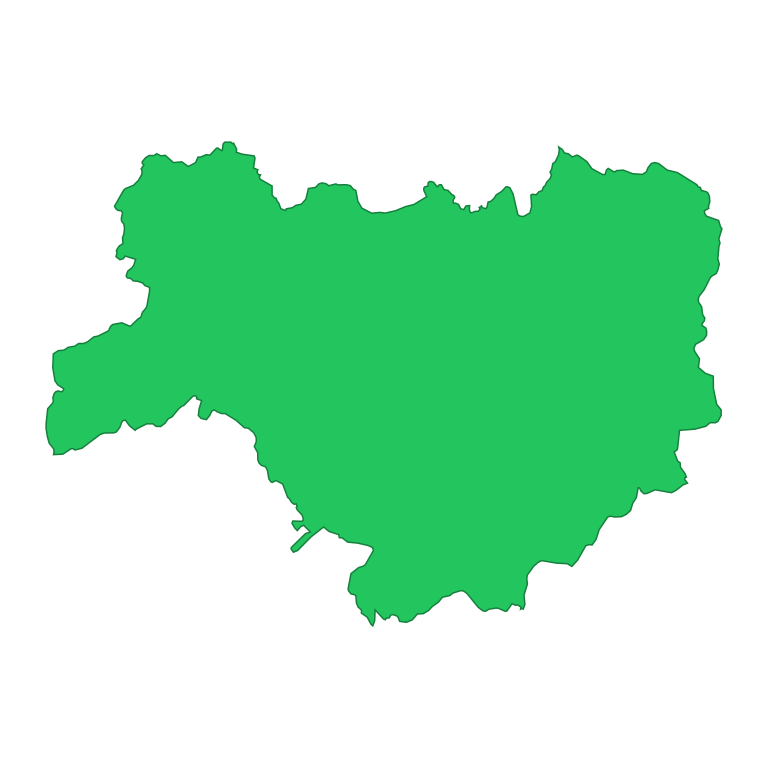 Sakaraha, Atsimo-Andrefana, Madagascar (Natural Earth projection)
{"feature_id": "10022922B49716742274905", "entity_name": "Sakaraha", "entity_type": "district", "adm_level": 2, "iso_a3": "MDG", "parent_name": "Madagascar", "parent_adm1": "Atsimo-Andrefana", "projection": "natural_earth1", "projection_center": [44.417, -22.83], "detail": "fine", "context": "isolated", "style": "filled", "palette": "green", "viewbox_px": 768, "rotation_deg": 0, "n_neighbors": 0, "source": "geoboundaries", "source_scale": "gbopen_adm2", "svg_char_len": 6097}
<svg xmlns="http://www.w3.org/2000/svg" viewBox="0 0 768 768"><path d="M721.9,228.8L720.5,226.7L718.6,220.5L706.5,216.2L704.8,213.6L704.3,210.8L708.7,208.4L708.5,206.1L709.8,201.8L709.4,196.4L707.9,193.0L706.2,191.7L701.3,190.4L700.4,187.5L698.0,186.8L697.0,184.8L677.5,172.6L667.2,170.1L658.6,163.5L654.4,162.6L651.3,163.5L648.0,167.7L646.4,171.8L642.5,174.4L632.6,173.7L623.3,170.1L616.6,170.6L614.4,172.1L608.2,168.4L606.4,170.1L605.2,174.4L602.8,174.6L591.9,168.7L586.8,161.6L579.0,156.0L577.0,155.1L572.3,156.9L568.4,153.8L564.5,153.0L562.3,149.5L558.7,147.0L559.3,149.7L558.5,155.0L555.4,161.6L552.8,163.6L551.6,169.4L550.0,172.1L551.4,174.8L550.2,178.4L546.7,182.2L544.9,186.0L543.5,186.9L542.0,190.7L539.0,191.7L536.2,194.8L532.6,194.2L530.9,195.0L531.6,206.5L529.9,212.9L523.5,216.5L520.2,216.2L517.9,214.9L513.0,193.7L509.8,187.7L507.5,186.8L506.0,186.8L501.7,191.4L496.3,194.8L493.9,198.5L490.5,201.5L488.1,202.0L487.0,207.1L485.9,208.6L482.1,207.7L481.6,205.9L479.2,207.5L480.1,209.2L478.1,211.3L474.9,211.4L471.8,212.8L470.4,212.4L469.4,210.1L469.6,205.6L465.9,206.0L463.8,209.6L460.7,208.8L458.6,204.5L455.7,203.2L453.2,203.1L453.1,200.5L454.8,197.2L453.7,195.5L451.8,194.5L448.0,190.4L444.1,189.6L441.3,184.7L439.4,184.8L437.2,186.8L433.5,182.2L431.0,181.5L429.4,181.6L428.1,182.9L428.0,186.0L424.9,186.8L423.8,188.1L423.8,190.3L426.7,196.7L413.9,204.5L405.5,206.6L395.6,210.7L385.2,213.1L379.6,212.4L371.7,213.2L361.8,208.1L357.9,201.2L355.8,190.4L353.4,189.3L350.4,185.7L346.4,184.7L337.5,184.9L336.0,183.9L328.8,185.7L326.0,183.7L322.0,182.9L318.9,183.9L315.5,187.4L308.4,188.5L305.9,199.1L301.4,204.2L295.9,205.3L292.4,207.7L286.3,208.8L285.4,210.5L280.8,208.7L278.7,202.9L277.3,201.5L276.0,198.1L274.6,198.1L272.1,195.1L272.1,186.0L260.1,179.2L259.3,177.2L260.5,174.8L258.5,174.7L257.0,172.2L257.9,169.8L253.5,168.0L255.0,158.1L254.1,155.9L242.4,154.2L236.4,152.3L236.6,149.1L233.6,143.2L232.8,143.8L230.7,142.1L224.7,142.2L223.1,144.0L222.3,150.4L221.4,150.6L217.8,148.0L216.4,148.3L209.8,155.2L206.3,154.6L200.6,157.1L198.0,157.1L195.6,162.6L188.3,166.5L181.8,161.8L173.5,162.6L165.2,155.3L161.0,155.9L156.7,153.7L153.8,155.6L149.1,155.5L145.6,157.7L142.3,161.6L142.2,163.2L143.9,165.0L141.2,168.8L142.1,171.3L141.8,174.4L138.5,180.3L133.4,185.4L125.6,188.5L123.6,190.2L114.5,206.3L116.0,208.9L118.0,210.4L121.2,210.8L122.5,212.7L121.3,218.4L121.6,221.1L123.8,224.0L124.5,228.2L123.8,234.2L122.5,237.7L123.0,243.6L119.4,245.8L117.5,248.5L116.4,250.6L117.0,252.7L116.0,256.7L120.0,259.7L123.3,258.7L125.2,256.1L135.7,259.3L133.7,265.4L131.8,267.9L127.9,270.9L126.3,275.1L126.4,276.7L127.5,277.9L130.7,278.5L133.3,280.9L137.6,281.3L142.7,283.0L144.9,285.6L149.6,287.4L149.5,291.7L147.0,305.5L146.2,307.8L142.5,312.2L140.8,317.3L138.3,318.7L130.3,326.4L121.8,322.8L112.7,324.5L110.6,326.3L108.7,330.4L107.4,331.4L97.9,336.1L93.8,336.9L87.5,341.9L83.6,343.5L78.7,343.5L74.7,346.2L68.2,347.3L64.0,350.1L58.1,350.7L53.3,353.9L52.8,367.7L55.0,380.9L57.8,384.9L63.8,388.8L63.1,390.7L61.6,391.8L58.0,390.9L55.8,391.7L54.2,393.5L52.9,397.4L53.3,401.4L52.6,403.2L47.7,408.7L46.1,423.6L46.1,428.7L47.5,437.0L49.2,443.2L53.6,448.8L54.1,451.9L53.5,454.6L62.8,454.2L71.2,448.7L73.2,448.7L74.9,450.0L82.0,448.2L100.1,434.5L104.3,433.0L113.6,432.9L116.3,432.0L119.8,427.4L122.1,421.4L123.8,420.4L125.4,420.1L129.4,425.7L135.1,430.3L136.7,428.8L146.8,423.8L153.1,423.9L156.0,426.4L160.7,426.5L165.2,423.1L168.0,419.0L172.1,416.8L178.4,409.1L182.2,405.9L183.7,405.6L192.1,397.0L193.7,395.8L195.5,395.9L196.7,397.0L196.6,398.8L201.6,400.6L199.2,408.6L198.3,415.5L201.1,418.4L206.4,419.6L209.6,415.6L211.9,410.9L214.6,410.0L217.1,411.8L221.8,413.6L225.2,413.6L236.1,420.3L244.4,427.7L248.3,428.2L253.8,432.8L256.0,437.1L256.3,439.3L256.2,441.9L254.3,446.5L257.7,452.7L257.8,459.6L258.9,462.8L261.3,465.3L265.2,466.6L266.2,467.8L267.6,471.2L268.8,478.7L270.8,481.8L272.3,482.4L275.8,480.5L282.7,484.0L287.7,497.4L289.3,498.6L291.5,502.3L294.2,504.3L296.2,503.8L297.1,506.5L296.2,507.5L297.3,509.9L302.1,515.1L303.3,518.6L303.0,520.6L301.6,521.3L292.8,521.0L292.0,523.2L292.5,524.1L294.7,527.9L297.3,530.6L300.7,526.6L303.7,525.3L310.3,532.0L305.5,533.6L291.3,547.5L291.1,549.0L293.4,552.2L297.6,550.5L311.0,536.9L323.6,527.0L329.1,531.5L338.7,534.6L339.3,537.7L342.3,537.9L347.6,542.1L357.7,543.1L368.1,545.5L372.5,547.5L373.4,550.5L365.3,564.7L363.2,566.2L358.6,567.6L351.0,573.6L348.1,589.0L348.6,590.9L351.0,593.9L354.6,594.7L355.9,595.9L356.4,602.9L358.0,606.9L361.5,610.1L361.4,613.2L367.2,617.1L370.9,624.1L372.8,625.9L374.7,620.5L375.1,609.9L383.6,619.1L385.3,619.8L386.3,618.2L389.4,617.8L390.5,615.3L392.4,614.6L396.4,615.7L398.0,617.1L399.7,621.4L406.4,622.3L412.3,619.9L417.4,614.0L423.1,613.7L428.6,610.5L432.5,606.3L438.3,602.3L442.4,597.3L450.0,595.5L452.6,593.2L460.4,590.7L463.3,590.9L466.8,593.3L478.2,607.3L483.0,610.9L485.8,611.2L488.7,609.3L495.7,608.1L498.2,608.2L505.0,611.2L506.8,611.1L512.1,603.7L515.6,605.3L517.4,604.8L521.0,607.1L520.6,609.2L521.8,608.4L523.2,609.2L524.9,604.4L524.0,595.1L527.4,584.0L526.8,578.7L527.3,575.0L533.8,566.1L537.8,562.6L540.7,560.9L543.0,560.8L556.4,563.1L567.3,563.7L571.9,566.4L577.7,560.0L585.8,545.7L589.1,544.6L592.1,545.0L596.1,539.3L599.2,529.6L607.8,516.9L610.6,516.2L614.9,517.0L621.3,516.7L626.2,514.4L630.6,510.4L632.6,503.5L636.3,497.7L638.2,487.7L639.5,488.0L641.2,491.3L643.9,493.7L646.9,493.5L655.1,489.8L671.5,492.7L676.1,490.3L683.0,484.9L687.5,483.1L684.5,479.2L684.8,477.9L686.4,477.2L685.0,473.5L680.5,467.3L680.1,462.8L677.7,461.1L674.2,452.0L676.9,450.1L677.6,448.5L679.5,430.3L694.7,429.2L705.8,426.3L710.1,422.7L715.5,422.7L718.0,421.3L721.2,415.4L721.1,409.8L716.7,404.4L713.4,388.5L713.3,376.2L705.3,373.3L698.4,367.4L699.5,358.9L694.7,351.4L693.8,348.6L695.5,344.4L703.6,339.7L706.5,335.4L706.7,331.6L705.9,328.1L701.8,325.3L702.1,323.8L704.3,320.9L704.8,318.2L702.6,314.4L701.6,306.7L698.5,302.0L698.3,298.6L699.3,296.0L704.3,289.5L710.2,277.8L711.7,276.1L716.0,273.7L717.6,270.8L719.3,264.2L717.8,258.9L719.0,245.9L720.0,243.2L718.8,239.0L721.9,228.8Z" fill="#22c55e" stroke="#15803d" stroke-width="1.5"/></svg>